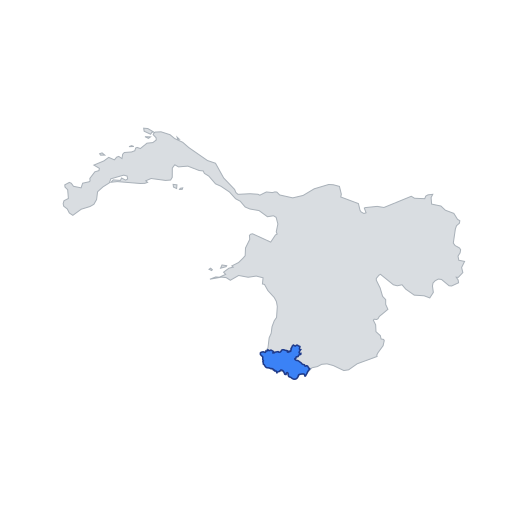 Ubon Ratchathani on a map of Thailand (orthographic projection), rotated 106°
{"feature_id": "THA-426", "entity_name": "Ubon Ratchathani", "entity_type": "Province", "adm_level": 1, "iso_a3": "THA", "parent_name": "Thailand", "parent_adm1": "", "projection": "orthographic", "projection_center": [104.943, 15.155], "detail": "fine", "context": "in_parent", "style": "filled", "palette": "blue", "viewbox_px": 512, "rotation_deg": 106, "n_neighbors": 0, "source": "natural_earth", "source_scale": "10m", "svg_char_len": 7636}
<svg xmlns="http://www.w3.org/2000/svg" viewBox="0 0 512 512"><g transform="rotate(106 256 256)"><path d="M220.8,55.7L221.2,57.7L223.3,55.1L225.9,53.9L230.9,59.7L231.4,62.2L227.4,71.2L227.9,74.3L230.3,76.9L233.2,78.4L236.2,78.1L242.1,75.5L248.4,77.4L247.9,83.4L250.0,93.1L246.6,102.9L243.4,107.7L245.7,112.0L245.8,116.0L239.3,131.3L240.5,132.5L244.4,134.2L246.1,133.7L252.6,127.8L259.9,123.2L262.2,119.3L266.8,118.0L270.9,114.5L280.1,120.8L282.6,121.4L283.8,122.5L284.2,125.0L285.4,125.5L289.2,122.0L295.7,119.8L298.3,114.5L301.3,112.9L301.0,110.3L302.0,109.4L307.2,109.1L315.1,112.0L317.9,112.6L319.2,111.9L331.7,129.0L339.9,135.6L341.9,140.0L340.0,151.5L340.1,158.0L342.0,163.0L345.4,166.5L348.0,171.4L357.5,176.2L356.7,177.4L357.3,180.5L363.2,184.1L363.8,185.3L363.1,189.9L360.4,193.5L359.8,196.3L359.8,199.9L361.3,205.3L359.4,216.4L355.9,219.5L351.3,221.7L348.7,224.7L346.8,224.0L345.9,220.9L340.9,219.2L331.0,220.8L326.1,220.1L319.6,221.1L313.2,220.6L309.4,219.3L298.7,221.6L294.2,223.8L290.9,227.0L286.0,235.0L281.0,240.0L281.1,242.1L275.0,243.2L275.2,250.2L278.6,257.7L279.5,267.3L286.4,274.0L285.0,278.7L285.8,283.3L291.0,293.9L287.2,288.9L286.5,285.4L282.0,280.1L280.5,282.7L275.2,278.7L273.0,274.8L272.2,276.5L267.0,270.9L261.7,267.9L258.7,266.5L251.2,268.3L241.7,266.6L238.0,268.0L236.5,267.1L235.6,265.4L238.6,245.7L230.4,243.1L229.1,241.7L227.2,243.2L219.2,243.8L213.3,247.3L212.5,250.3L215.1,255.8L211.5,265.6L212.5,274.8L211.9,279.9L207.7,286.2L206.6,291.4L201.8,299.1L198.6,309.0L197.8,314.8L192.2,323.4L190.8,328.4L188.8,330.2L189.5,334.2L188.4,346.3L191.7,355.1L190.7,359.2L194.5,360.7L203.5,358.2L206.5,359.0L208.3,363.8L210.4,378.2L214.1,382.7L215.1,380.5L216.8,382.9L218.2,387.2L222.7,409.8L225.1,415.8L222.2,414.2L220.7,407.1L218.1,406.8L219.0,402.3L217.4,400.6L214.7,401.9L214.7,405.4L221.8,416.8L226.2,417.2L231.8,422.2L237.9,426.0L245.7,424.8L251.0,426.1L254.2,429.2L259.2,436.9L267.4,443.3L266.1,447.3L262.8,450.4L261.1,454.6L258.8,455.8L255.8,455.8L252.4,452.2L244.2,455.3L242.4,458.6L240.3,459.4L236.7,455.7L237.0,453.6L239.3,450.7L238.7,442.9L233.8,442.7L230.6,436.8L229.6,436.2L227.2,437.1L219.5,434.1L217.2,430.5L214.9,430.7L213.3,436.9L206.5,428.4L201.8,424.8L202.6,418.6L199.4,417.2L198.1,415.4L199.3,411.7L194.9,412.2L192.8,411.1L190.3,404.3L188.2,401.5L185.3,401.4L184.4,400.1L184.6,396.8L177.6,391.9L175.4,386.4L172.0,383.9L169.9,384.6L167.7,388.3L166.0,388.0L164.6,386.9L162.8,381.5L163.1,372.1L165.5,366.6L166.9,357.8L170.3,350.5L177.6,329.0L178.0,320.5L189.9,308.6L197.9,294.9L200.5,292.9L201.7,290.3L197.8,279.0L196.1,271.1L196.5,269.1L191.6,263.7L190.5,257.6L189.2,255.6L188.8,253.6L190.8,250.1L190.0,236.7L184.8,227.4L175.4,218.6L167.2,205.8L166.2,201.3L166.1,195.0L173.1,191.0L175.9,190.8L177.4,172.0L183.4,168.6L184.7,167.1L185.4,164.0L184.1,162.1L180.1,165.1L179.4,164.4L174.9,153.2L174.1,146.4L155.8,123.2L156.8,119.5L154.4,109.6L151.6,109.3L149.8,107.5L148.0,103.1L151.6,103.8L157.7,101.5L157.0,92.0L159.8,86.6L160.5,77.6L165.2,72.4L165.9,69.8L168.4,69.5L171.6,71.6L175.1,71.8L189.2,69.9L191.1,67.5L192.2,62.6L193.6,61.0L196.8,60.7L200.4,61.8L204.2,59.9L203.7,54.0L210.4,55.2L214.9,52.6L220.8,55.7ZM168.0,390.9L166.9,397.9L164.1,399.2L163.3,395.1L165.0,388.6L165.7,390.1L168.0,390.9ZM213.0,350.9L212.5,354.3L210.0,355.4L209.4,351.6L213.0,350.9ZM274.5,281.8L277.5,286.7L274.0,286.2L273.4,281.5L274.5,281.8ZM200.8,434.5L199.3,432.4L200.7,429.2L201.9,433.2L200.8,434.5ZM172.6,391.8L171.9,395.6L170.6,390.3L172.6,391.8ZM213.1,347.9L211.8,347.5L210.7,345.2L212.3,345.3L213.1,347.9ZM184.4,403.6L185.9,408.2L184.2,406.0L184.4,403.6ZM282.2,294.6L281.7,297.5L280.2,296.3L281.2,294.2L282.2,294.6ZM165.2,363.5L163.5,364.6L164.9,361.9L165.2,363.5Z" fill="#d9dde1" stroke="#a8b0b8" stroke-width="1"/><path d="M348.0,225.1L347.4,224.8L347.0,224.3L346.1,222.7L346.2,221.2L346.2,220.8L346.1,220.5L345.6,220.3L344.5,220.2L344.6,219.9L344.0,219.0L343.8,218.8L343.7,218.8L343.3,218.8L343.2,218.8L342.9,218.8L342.9,218.7L342.9,218.4L343.2,218.2L343.3,217.9L343.3,217.5L343.2,217.1L343.2,216.8L343.1,216.7L342.4,215.9L342.3,215.7L342.8,213.5L342.8,213.4L343.0,213.1L343.2,212.9L343.4,212.8L343.5,212.8L343.8,212.8L344.0,212.9L344.2,213.1L344.3,213.1L344.5,213.1L344.5,212.9L344.0,211.8L344.0,211.7L343.9,211.6L343.7,211.5L343.5,211.4L343.4,211.4L343.2,211.3L343.2,211.2L341.9,208.6L341.8,208.4L341.8,208.2L341.9,207.9L342.1,207.8L342.2,207.7L342.2,207.3L342.2,207.2L341.8,206.4L341.7,206.3L341.6,206.2L341.1,205.9L340.5,205.6L340.3,205.6L340.1,205.5L339.7,205.5L339.4,205.4L339.2,205.2L338.8,204.6L338.6,204.2L338.5,203.4L338.5,202.7L338.5,202.4L338.6,202.2L338.6,201.7L338.4,200.6L338.4,199.8L338.5,199.7L339.0,199.7L339.3,199.6L339.6,199.4L339.7,199.1L339.7,198.7L339.4,198.7L339.1,198.6L338.8,198.4L339.2,198.2L339.1,197.8L338.9,197.8L338.8,197.7L338.6,197.2L338.6,197.3L338.3,196.7L338.1,196.4L337.8,196.4L337.8,196.5L337.8,196.8L337.7,196.9L337.4,196.5L336.7,196.5L336.4,196.5L336.2,196.4L335.9,196.5L335.7,196.8L335.4,196.8L335.0,196.6L334.9,196.5L334.5,196.6L334.4,196.6L334.1,196.6L333.6,196.3L333.3,196.3L332.8,196.3L332.6,196.3L332.5,196.2L332.4,196.2L332.1,195.9L331.8,195.7L331.7,195.7L331.3,195.6L331.5,194.7L331.6,194.4L331.7,194.0L331.8,193.8L331.7,193.2L331.7,192.7L331.6,193.0L331.4,193.1L331.1,192.8L330.6,192.5L330.5,192.4L330.3,191.8L330.3,191.4L330.4,191.2L330.5,191.1L330.7,190.6L330.8,190.1L330.8,189.4L330.8,189.0L330.9,188.8L331.0,188.8L331.4,188.9L331.5,188.9L331.8,188.8L331.9,188.7L332.8,188.7L333.0,188.7L333.3,188.7L333.5,188.4L333.8,188.3L333.9,188.1L334.0,188.0L334.0,187.9L333.9,187.6L333.8,187.3L336.0,188.0L336.8,188.0L337.1,187.9L337.3,187.6L337.5,187.3L337.7,187.0L337.8,186.7L337.7,186.5L337.6,186.4L337.3,186.2L337.2,186.1L337.4,186.0L337.7,185.8L338.0,185.8L338.4,186.1L339.1,187.0L339.4,187.5L339.7,187.7L340.0,187.8L340.7,187.7L340.9,187.8L341.1,187.9L341.3,188.2L341.5,188.6L341.6,189.1L341.8,189.5L342.1,189.6L342.4,189.6L343.0,189.4L343.2,189.5L343.4,189.6L343.5,190.0L344.0,190.4L344.3,190.4L344.7,190.0L345.0,189.3L345.2,188.6L345.2,188.0L345.1,187.6L345.0,187.2L345.1,186.5L346.3,183.1L347.0,182.1L347.3,181.2L347.3,180.8L347.2,179.9L347.2,179.6L347.4,179.3L347.6,179.1L348.0,178.9L348.1,178.7L348.3,178.5L348.2,178.0L348.1,177.8L348.1,177.7L347.9,177.6L347.7,177.4L347.5,177.1L347.5,176.6L347.7,175.9L349.2,174.4L349.4,173.4L349.6,173.2L353.0,174.5L353.3,174.5L354.4,174.6L357.5,175.3L357.9,175.6L358.0,175.7L358.0,175.8L357.8,176.0L357.5,176.2L357.0,176.4L356.3,177.1L356.3,178.1L356.6,179.1L357.7,181.4L358.0,181.8L358.3,182.1L358.6,182.3L359.0,182.4L360.1,182.3L360.7,182.4L361.8,182.7L363.0,183.5L363.7,184.6L364.0,185.9L363.8,187.3L363.1,189.0L363.0,189.6L363.0,190.8L362.8,191.3L362.5,191.6L362.4,191.7L361.4,192.3L360.2,192.7L359.7,193.1L359.4,193.7L359.6,194.2L360.0,194.5L360.6,194.6L361.1,194.5L361.6,194.4L361.7,194.6L361.8,195.2L361.7,195.9L360.9,196.4L360.1,197.0L359.1,198.2L358.8,198.6L358.7,199.1L358.6,199.7L358.6,200.3L358.8,200.8L359.4,200.9L360.0,201.6L360.5,201.6L360.7,202.0L361.5,203.3L361.8,203.5L362.5,203.7L362.3,204.0L361.2,204.7L361.0,205.2L361.4,206.1L361.2,206.7L361.1,206.8L360.6,206.8L360.5,207.4L360.7,207.7L360.7,207.9L360.6,208.0L360.2,208.1L359.9,208.7L359.8,209.3L359.8,209.9L360.1,210.4L360.2,210.7L360.0,211.9L360.0,212.8L360.4,214.6L360.3,215.4L360.0,216.2L359.1,217.3L358.5,217.9L358.3,218.1L358.2,218.3L358.0,219.0L357.9,219.2L357.6,219.3L356.9,219.5L356.6,219.6L356.4,219.7L355.9,220.2L355.7,220.3L355.4,220.3L354.9,220.0L354.6,220.0L354.4,220.1L354.1,220.7L353.9,220.9L353.4,221.1L352.0,221.5L351.7,221.5L350.9,221.9L350.3,223.3L349.5,224.6L348.0,225.1Z" fill="#3b82f6" stroke="#1e3a8a" stroke-width="1.5"/></g></svg>